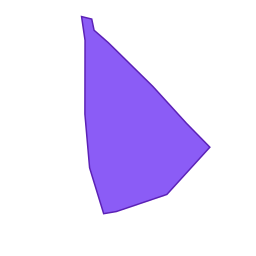 outline of Choiseul, rotated 291°
{"feature_id": "LCA-5078", "entity_name": "Choiseul", "entity_type": "Quarter", "adm_level": 1, "iso_a3": "LCA", "parent_name": "Saint Lucia", "parent_adm1": "", "projection": "mercator", "projection_center": [-61.017, 13.796], "detail": "fine", "context": "isolated", "style": "filled", "palette": "violet", "viewbox_px": 256, "rotation_deg": 291, "n_neighbors": 0, "source": "natural_earth", "source_scale": "10m", "svg_char_len": 329}
<svg xmlns="http://www.w3.org/2000/svg" viewBox="0 0 256 256"><g transform="rotate(291 128 128)"><path d="M139.4,211.3L79.9,188.1L45.8,147.0L39.3,136.0L77.1,106.4L125.5,82.8L194.4,56.5L215.4,44.7L216.7,55.1L207.1,61.3L200.6,79.0L175.6,136.5L153.4,180.7L139.4,211.3Z" fill="#8b5cf6" stroke="#5b21b6" stroke-width="1.5"/></g></svg>